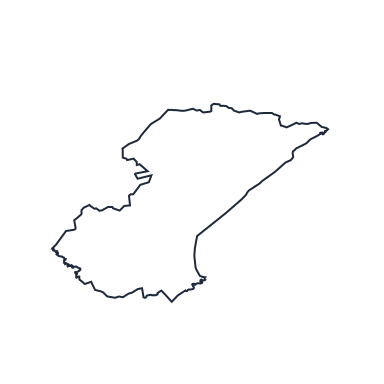 outline of Jakusko, Yobe, Nigeria, rotated 237°
{"feature_id": "59680162B40329870656537", "entity_name": "Jakusko", "entity_type": "district", "adm_level": 2, "iso_a3": "NGA", "parent_name": "Nigeria", "parent_adm1": "Yobe", "projection": "equal_earth", "projection_center": [10.871, 12.419], "detail": "fine", "context": "isolated", "style": "outline", "palette": "slate", "viewbox_px": 384, "rotation_deg": 237, "n_neighbors": 0, "source": "geoboundaries", "source_scale": "gbopen_adm2", "svg_char_len": 5808}
<svg xmlns="http://www.w3.org/2000/svg" viewBox="0 0 384 384"><g transform="rotate(237 192 192)"><path d="M273.9,216.5L271.1,204.9L271.4,194.6L268.2,183.6L266.9,179.7L265.4,176.7L265.0,174.1L266.6,165.1L266.3,157.3L265.7,157.2L258.5,152.7L257.4,153.6L255.8,155.0L255.1,155.1L254.1,155.0L251.8,161.2L247.3,162.0L244.7,160.4L243.8,163.2L233.6,166.1L238.3,154.5L238.0,153.9L232.8,153.6L228.1,167.0L223.7,161.2L226.2,152.5L222.1,141.6L223.5,139.2L223.3,137.2L214.5,132.7L217.2,127.6L217.1,127.1L215.8,121.2L221.3,116.9L222.7,117.1L225.1,113.6L225.6,107.9L225.4,107.3L226.6,104.2L230.5,102.7L231.0,101.1L236.1,99.0L237.0,99.0L237.7,93.2L237.8,92.6L236.9,89.4L233.9,87.5L233.4,86.2L232.4,77.8L225.0,74.7L224.5,74.0L224.5,72.7L224.7,72.2L227.9,65.1L222.0,49.6L221.9,49.3L221.0,45.2L221.0,44.8L220.9,44.3L220.7,44.0L220.4,44.6L220.4,44.9L220.5,45.2L220.4,45.3L220.2,45.2L219.9,44.9L219.6,44.8L219.3,44.7L219.0,44.9L218.8,44.9L218.9,44.5L219.0,44.1L218.9,43.8L218.7,43.7L218.4,43.8L218.3,44.2L218.1,44.5L218.0,44.8L217.6,44.9L217.0,45.1L216.5,45.0L215.8,45.0L215.4,45.1L215.3,45.3L215.5,45.7L215.8,45.9L216.0,46.1L216.0,46.4L215.9,46.7L214.9,46.5L214.3,46.3L213.6,46.3L213.3,46.1L213.3,45.7L213.2,45.5L213.3,45.2L213.4,44.9L213.5,44.7L213.4,44.4L213.1,44.5L213.0,44.9L212.8,45.1L212.7,45.4L212.3,45.2L211.8,45.1L211.1,45.3L210.3,45.9L209.9,46.3L209.5,47.0L209.0,47.3L208.5,47.9L208.1,47.9L207.6,48.1L207.4,48.3L207.1,48.5L206.9,48.8L206.7,48.9L206.4,48.8L206.1,48.7L205.6,48.7L205.3,48.9L205.2,48.8L204.8,48.7L204.6,49.0L204.4,49.4L204.2,49.2L204.2,48.8L204.2,48.4L204.1,48.1L204.1,47.8L204.3,47.5L204.0,47.3L203.7,47.2L203.3,46.7L203.1,46.6L202.8,46.8L202.4,46.8L202.2,46.5L202.2,46.2L201.8,46.1L201.5,46.3L201.2,46.5L200.8,46.5L200.6,46.4L200.5,47.1L200.5,47.4L200.7,47.6L200.0,48.1L199.1,48.7L198.9,48.6L198.9,48.2L198.6,47.9L198.5,48.3L198.4,48.7L198.2,49.0L198.0,48.9L198.0,48.4L197.9,48.0L197.8,47.6L197.6,47.4L197.4,47.4L197.2,47.4L197.2,47.9L197.1,48.4L196.9,48.8L196.9,49.4L196.9,49.7L196.8,49.9L196.6,49.9L196.5,49.6L196.2,49.5L195.9,50.1L195.9,50.6L196.0,50.9L196.1,51.2L195.6,51.4L195.0,51.6L194.4,51.7L194.1,51.5L194.0,51.2L194.5,50.9L194.5,50.6L194.2,50.4L193.7,50.4L193.4,50.8L193.2,51.1L193.1,51.4L193.2,51.6L193.3,51.9L193.4,52.3L193.4,52.8L193.1,53.2L192.9,53.5L192.7,54.0L192.5,54.4L192.0,54.6L191.7,54.8L191.1,54.9L190.8,55.1L190.4,55.3L190.2,55.6L189.9,55.8L189.5,55.9L189.0,56.0L188.8,56.3L188.6,56.6L188.3,56.5L188.0,56.2L187.6,55.8L187.4,55.3L187.6,54.9L187.5,54.5L187.3,54.1L187.4,52.2L187.5,51.9L187.8,51.6L188.1,51.3L188.3,51.0L188.4,50.7L188.4,50.3L188.2,50.2L187.9,50.2L187.5,50.0L187.2,49.9L186.9,50.1L186.9,50.5L186.8,50.9L186.7,51.1L186.2,51.1L185.9,50.9L185.8,50.5L185.7,50.0L185.4,49.6L184.7,49.4L184.3,49.1L183.9,49.0L183.8,48.8L183.8,48.6L183.7,48.4L183.4,48.3L183.1,48.4L183.0,48.6L182.9,49.2L182.9,49.5L183.0,50.1L182.9,50.5L182.7,50.9L182.5,51.4L179.9,49.9L176.0,51.2L174.5,51.6L173.2,52.0L171.6,58.6L170.2,58.3L162.6,57.4L158.2,61.6L156.2,62.8L150.7,64.0L146.7,68.2L145.1,70.1L144.2,73.7L141.5,76.6L141.4,76.8L141.3,83.7L141.2,83.9L140.3,86.5L140.1,93.8L138.9,96.8L138.5,97.7L130.1,94.0L129.7,94.4L129.0,94.7L128.7,95.4L128.9,96.3L129.2,96.9L129.6,97.3L129.6,97.8L129.4,98.6L129.1,99.4L128.8,100.2L128.5,100.9L128.1,101.5L127.7,102.0L127.1,102.2L126.7,102.9L126.4,103.8L126.1,104.1L125.7,104.2L125.5,104.9L125.3,105.3L125.1,106.1L125.0,106.6L124.9,107.3L125.1,107.6L125.6,107.6L125.9,107.8L126.0,108.5L126.1,109.3L126.0,110.5L126.1,111.3L126.0,112.6L122.6,113.3L117.3,114.2L111.0,115.2L113.0,123.9L113.0,132.9L112.4,132.9L112.1,133.1L111.8,133.6L111.7,134.0L111.9,134.8L112.1,135.3L112.1,135.8L112.0,136.2L111.6,136.7L111.3,137.1L110.9,137.9L110.7,138.4L110.5,138.9L110.3,139.5L110.1,140.0L110.2,140.7L110.4,141.2L110.8,141.4L111.2,141.7L111.6,141.7L112.1,141.5L112.5,141.6L113.0,141.7L113.4,141.8L113.8,142.0L114.1,141.8L114.4,141.8L114.5,142.6L114.3,143.2L114.0,143.7L113.7,144.0L113.4,144.1L113.0,143.9L112.5,143.9L112.4,144.4L112.5,144.9L112.6,145.5L112.7,146.1L112.4,146.9L111.8,147.8L111.2,148.7L110.5,149.5L110.4,150.1L110.3,150.8L110.4,151.2L110.7,151.3L111.1,151.3L111.4,151.0L111.7,150.6L112.0,150.4L112.4,150.3L112.7,150.4L113.1,150.8L113.4,151.2L113.6,151.8L113.4,152.3L112.9,152.6L112.3,152.6L111.9,152.9L111.5,153.5L111.4,154.1L111.1,154.5L111.1,154.9L111.2,155.3L111.5,155.2L112.0,155.2L112.3,155.3L112.8,155.6L113.3,155.9L113.4,156.5L115.3,154.4L117.5,152.9L124.7,153.4L127.0,154.0L137.2,159.2L143.3,163.8L152.3,172.3L155.9,209.0L158.8,229.6L160.3,236.1L161.2,237.3L161.9,239.1L162.2,240.4L162.3,241.5L162.3,249.1L162.3,253.2L163.0,256.9L163.7,272.6L165.8,286.4L164.9,292.2L166.1,295.9L169.9,297.6L170.9,298.6L171.1,298.9L171.2,300.7L171.8,303.2L170.6,313.7L170.7,315.3L171.6,319.2L171.6,319.7L171.6,320.7L170.9,327.1L170.8,331.1L171.3,331.3L171.7,331.7L171.6,332.2L171.2,333.2L170.8,333.8L170.7,333.9L170.2,333.7L170.0,333.2L169.9,332.9L169.5,332.9L169.0,333.2L168.9,333.5L169.0,333.9L169.0,334.2L169.4,334.9L169.6,335.3L169.6,336.4L170.2,336.3L170.8,336.7L170.8,337.1L170.2,338.0L170.2,338.7L170.3,339.2L170.5,339.8L170.6,340.3L172.8,339.3L175.8,336.3L182.2,334.2L185.0,329.6L185.9,326.7L186.9,324.8L189.8,321.5L190.7,318.9L193.2,317.3L193.9,311.4L194.7,306.5L199.0,303.3L199.3,302.7L201.3,303.3L205.4,304.4L207.6,307.0L211.6,304.0L212.1,303.2L214.8,302.0L218.8,295.8L218.9,295.7L221.8,290.3L222.0,289.1L224.7,287.5L228.5,285.1L231.9,278.0L232.4,276.7L233.1,274.8L237.6,271.4L240.6,271.0L242.7,268.5L245.2,267.7L247.1,265.4L248.5,263.1L248.9,262.7L249.9,262.7L250.5,262.8L254.2,258.1L254.0,255.2L252.7,254.5L249.3,252.2L249.5,251.0L252.6,244.7L256.5,243.3L257.7,240.4L260.4,238.6L261.3,238.2L263.8,230.9L265.2,228.3L266.4,226.7L267.8,225.1L269.5,223.0L270.6,221.3L272.1,219.5L273.8,216.5L273.9,216.5Z" fill="none" stroke="#1e293b" stroke-width="2"/></g></svg>